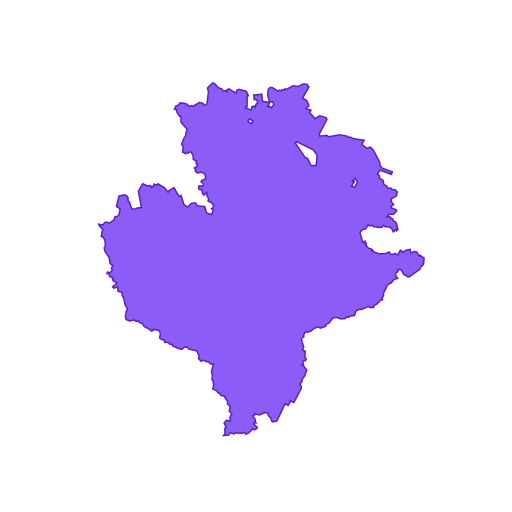 outline of Central Highlands (Qld), Queensland, Australia, rotated 293°
{"feature_id": "25037944B88333903625107", "entity_name": "Central Highlands (Qld)", "entity_type": "district", "adm_level": 2, "iso_a3": "AUS", "parent_name": "Australia", "parent_adm1": "Queensland", "projection": "albers", "projection_center": [148.529, -24.063], "detail": "fine", "context": "isolated", "style": "filled", "palette": "violet", "viewbox_px": 512, "rotation_deg": 293, "n_neighbors": 0, "source": "geoboundaries", "source_scale": "gbopen_adm2", "svg_char_len": 6154}
<svg xmlns="http://www.w3.org/2000/svg" viewBox="0 0 512 512"><g transform="rotate(293 256 256)"><path d="M427.2,223.6L421.5,219.1L421.0,217.1L419.6,217.0L419.3,215.2L418.0,214.6L417.7,212.6L416.3,212.2L417.4,205.0L416.6,203.0L414.1,202.2L409.0,203.7L403.7,207.8L402.4,207.6L400.9,201.5L407.2,198.2L403.3,191.0L399.2,193.2L400.0,194.6L399.4,196.7L397.1,197.6L395.9,196.8L392.5,197.1L393.2,195.6L392.1,194.0L388.4,194.4L388.2,188.5L389.4,188.2L390.0,189.4L399.7,185.4L400.5,186.3L403.9,182.7L402.7,175.1L401.2,173.6L398.1,174.0L399.3,165.7L397.4,164.2L395.8,165.0L396.0,162.7L394.9,161.6L396.4,159.0L396.2,155.6L398.7,150.2L398.3,148.4L391.6,145.7L388.7,148.0L377.0,151.4L374.8,150.1L374.7,148.6L375.8,147.7L375.3,144.0L369.5,139.7L369.3,138.0L367.7,136.3L368.8,132.7L368.0,128.1L366.9,126.0L364.6,125.7L362.8,123.6L359.3,123.5L359.4,126.1L357.6,126.9L354.8,130.9L354.9,132.5L349.8,134.7L345.8,142.9L338.2,144.3L336.8,143.6L329.9,143.8L328.0,146.4L322.9,147.8L322.6,151.2L324.4,151.7L324.0,153.3L325.9,154.0L326.0,155.9L323.8,159.0L320.5,160.4L320.0,164.1L317.7,164.7L317.6,166.5L314.8,166.4L312.9,164.9L312.3,166.3L310.5,166.9L309.4,169.5L311.8,172.9L311.5,177.0L307.4,179.6L304.4,176.6L302.8,176.4L302.2,179.0L300.5,179.8L299.4,179.5L298.2,176.0L295.9,176.6L295.0,178.0L295.8,180.3L292.6,182.4L291.7,184.2L295.1,185.8L292.3,187.4L289.8,190.3L287.8,190.4L287.7,194.1L286.1,197.0L283.5,197.8L282.3,196.5L281.2,198.9L276.8,198.9L276.3,193.6L281.5,189.5L279.2,182.6L281.2,179.5L279.2,175.9L274.3,174.1L275.2,169.5L282.5,163.3L280.7,162.0L286.8,153.8L282.1,150.3L280.4,150.1L283.0,145.2L284.2,137.5L282.7,137.2L282.3,134.0L279.6,134.3L279.2,132.4L278.4,132.6L279.4,130.7L278.1,128.6L278.3,123.5L269.7,122.4L256.0,131.6L253.2,127.1L252.2,126.9L250.8,123.3L256.1,118.5L257.4,116.1L259.3,115.8L260.7,113.8L261.0,111.2L257.8,106.5L247.1,108.1L246.3,112.4L240.6,113.8L237.9,112.6L237.3,111.0L233.8,111.2L229.1,108.2L228.7,104.9L227.4,103.5L224.8,103.0L223.8,98.7L222.0,100.9L220.9,104.3L213.5,105.9L213.7,107.5L211.7,110.7L206.6,113.3L204.1,113.1L201.3,115.1L197.3,121.3L192.0,124.7L191.1,127.9L188.0,127.7L187.7,128.6L185.6,129.2L183.5,127.7L183.2,125.6L181.6,125.7L182.1,127.1L181.1,128.9L180.2,128.8L179.6,133.4L178.2,133.2L176.9,134.9L177.5,136.1L176.7,138.5L171.6,136.0L170.9,137.7L173.3,140.7L169.6,142.8L170.0,146.4L169.1,147.8L167.6,147.9L165.3,151.0L160.5,154.1L156.4,158.9L154.9,158.1L149.4,159.3L146.8,161.2L146.8,165.1L149.6,168.9L148.9,171.1L150.4,173.7L149.2,174.7L149.5,177.6L147.4,180.7L146.9,186.7L145.9,188.6L147.0,190.2L147.4,189.4L148.4,190.2L149.5,196.3L146.9,198.4L142.9,199.3L142.2,202.1L143.0,204.1L140.8,205.8L142.2,209.2L141.1,210.9L142.0,213.3L140.6,214.3L140.6,221.1L141.1,224.2L144.2,225.7L145.1,228.3L144.1,230.7L145.5,238.6L141.7,242.8L139.2,243.1L137.6,246.5L138.7,247.1L139.8,250.0L139.2,251.4L140.1,253.5L138.8,256.2L139.8,259.1L132.4,260.0L128.7,262.8L125.0,263.7L124.1,265.4L120.2,267.7L116.8,268.0L116.5,272.9L115.2,274.3L115.6,275.4L113.9,278.5L114.8,282.2L113.5,282.7L111.2,286.5L108.6,287.6L107.7,291.0L102.6,292.0L101.4,295.4L97.1,295.1L94.0,296.8L93.2,293.0L89.8,291.9L86.9,295.2L85.1,294.7L80.4,296.8L78.0,296.3L80.5,300.8L83.1,301.3L83.6,305.3L85.0,306.0L87.6,312.9L89.2,314.1L87.9,316.1L90.2,318.4L95.3,320.3L95.5,322.6L97.3,324.1L98.9,324.0L100.2,319.9L101.5,319.2L102.4,321.3L103.4,319.8L104.9,319.6L107.6,315.4L109.4,317.0L110.3,316.5L111.0,321.3L115.1,325.1L116.0,328.4L113.9,329.8L112.7,332.9L110.0,335.0L109.8,336.2L112.2,339.7L131.3,340.5L131.1,344.1L136.1,344.4L135.9,348.1L152.1,349.4L154.2,348.2L154.7,346.6L159.1,347.3L160.7,346.6L164.6,347.7L170.8,347.3L173.6,342.5L173.5,340.9L174.6,341.9L177.0,340.5L178.6,340.7L178.8,342.4L180.7,342.5L181.8,340.6L187.6,338.5L187.5,335.5L190.9,335.5L196.5,330.6L198.9,330.4L200.4,331.6L202.1,330.7L205.5,331.1L205.9,333.0L208.6,336.1L211.8,337.6L214.9,340.7L214.8,343.5L218.5,347.6L220.7,347.4L222.9,349.4L229.1,351.0L231.1,354.5L231.1,358.2L233.1,362.4L235.2,363.1L235.7,365.3L237.0,365.3L239.7,370.0L244.3,369.4L247.2,371.8L247.9,374.0L253.4,379.0L253.1,380.9L254.4,384.3L256.5,384.0L259.1,386.1L263.6,387.7L265.2,389.6L266.3,388.4L269.1,389.0L271.3,387.9L281.0,388.4L284.1,391.0L288.5,392.3L290.8,395.2L292.6,392.0L295.1,391.5L297.0,392.7L298.8,391.8L300.2,395.2L296.9,398.8L296.1,403.7L296.8,405.3L307.7,411.9L311.6,412.1L312.0,413.0L314.4,413.3L319.7,411.6L320.8,406.7L319.9,406.9L320.1,405.4L322.5,402.5L321.8,399.3L319.7,398.3L319.5,397.3L322.4,395.3L320.0,391.9L317.0,390.1L317.8,386.6L312.4,386.0L312.5,382.9L310.7,381.0L310.2,378.8L311.8,377.1L308.7,374.1L306.1,368.5L305.8,361.8L306.1,359.9L306.3,362.0L307.4,360.2L307.2,356.1L309.3,352.3L310.2,352.9L311.1,352.2L310.6,350.6L312.2,350.5L310.5,348.8L318.4,342.4L321.8,343.6L323.9,346.4L328.5,347.0L328.0,348.6L329.6,350.9L329.0,352.8L330.4,358.2L331.8,360.8L333.9,361.0L333.5,363.9L334.8,367.2L334.4,369.9L331.9,373.0L335.3,374.8L334.2,375.5L335.6,376.3L340.6,372.9L342.0,370.8L341.9,368.7L343.6,367.4L343.3,365.8L344.4,364.4L343.1,361.3L346.7,362.6L348.0,366.2L352.3,367.9L353.4,366.9L353.2,361.7L354.3,361.0L357.2,362.6L358.8,359.2L361.6,358.3L366.3,361.8L370.2,361.0L371.3,358.3L370.4,355.4L371.1,353.7L369.9,350.9L371.4,349.2L371.9,345.7L375.3,343.4L375.9,339.3L378.0,338.5L378.8,335.9L383.4,336.5L384.0,348.4L384.5,347.8L385.4,348.8L386.7,348.6L386.2,337.6L387.8,334.8L390.7,333.2L399.3,322.7L400.9,318.6L398.5,316.2L400.0,309.7L404.8,310.3L402.0,299.5L402.3,296.6L401.2,293.9L401.9,292.9L400.2,285.6L394.1,276.2L394.7,274.2L391.3,267.8L393.2,266.6L409.4,267.9L410.7,266.5L410.0,259.8L405.6,256.8L409.0,249.2L411.7,249.7L411.1,244.4L414.9,246.0L416.2,244.9L418.9,242.1L419.7,237.1L432.3,238.7L432.6,237.0L434.0,236.5L433.5,234.2L432.6,231.9L428.6,228.9L427.2,223.6ZM375.5,247.8L377.1,249.2L376.1,267.2L372.6,273.0L362.8,276.0L360.7,271.4L366.1,265.2L365.7,263.0L375.5,247.8ZM357.7,319.9L357.5,316.6L363.0,317.5L363.3,316.8L362.2,316.9L362.5,315.2L366.3,317.0L363.5,320.6L357.7,319.9ZM402.8,213.2L398.6,212.4L399.1,209.3L398.2,209.2L398.3,208.2L403.2,208.8L404.4,210.6L402.8,213.2ZM376.0,200.1L376.6,195.9L379.6,196.4L379.1,200.5L376.0,200.1Z" fill="#8b5cf6" stroke="#5b21b6" stroke-width="1.5"/></g></svg>